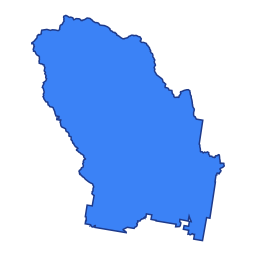 Dungog, New South Wales, Australia
{"feature_id": "25037944B39236446518145", "entity_name": "Dungog", "entity_type": "district", "adm_level": 2, "iso_a3": "AUS", "parent_name": "Australia", "parent_adm1": "New South Wales", "projection": "albers", "projection_center": [151.601, -32.347], "detail": "fine", "context": "isolated", "style": "filled", "palette": "blue", "viewbox_px": 256, "rotation_deg": 0, "n_neighbors": 0, "source": "geoboundaries", "source_scale": "gbopen_adm2", "svg_char_len": 5657}
<svg xmlns="http://www.w3.org/2000/svg" viewBox="0 0 256 256"><path d="M33.6,51.2L34.7,51.3L35.0,51.5L36.1,54.0L37.3,55.3L38.6,55.8L39.4,56.9L39.3,58.4L39.5,59.2L39.0,61.2L39.2,61.5L39.2,63.2L41.1,63.9L41.6,63.8L42.6,64.3L42.7,64.6L43.8,64.7L44.4,66.7L44.9,67.4L44.2,70.9L45.4,72.3L45.4,72.7L44.8,73.5L45.2,74.4L46.0,75.4L46.1,76.0L45.8,76.5L45.7,77.7L46.0,78.2L46.6,78.7L45.8,80.8L43.3,82.7L43.9,83.6L43.1,85.4L42.6,86.1L42.6,86.9L42.3,87.5L43.2,88.2L44.2,91.9L43.9,93.2L43.6,93.4L43.3,94.1L43.7,95.7L43.0,96.7L43.7,97.7L43.9,98.8L46.0,101.9L47.7,102.1L48.1,104.9L48.9,105.2L49.9,106.7L52.0,107.1L53.1,107.6L53.6,109.1L54.1,109.9L54.2,110.5L54.8,111.7L55.0,113.2L56.0,116.0L59.0,116.5L58.8,118.2L57.0,117.9L56.8,119.6L60.1,120.2L60.2,119.9L60.8,120.0L60.1,122.2L60.5,123.1L60.8,125.3L61.4,126.6L62.4,127.4L62.9,127.4L65.5,128.8L65.8,129.8L65.9,130.7L66.3,131.5L67.7,132.0L68.8,133.4L69.0,134.0L69.0,135.1L69.1,135.5L68.9,135.9L69.3,136.3L70.9,136.6L71.2,137.7L71.0,139.6L71.4,139.7L71.6,140.3L72.2,140.7L72.8,143.1L73.7,143.4L73.8,144.2L75.5,146.8L76.5,147.1L77.9,148.3L77.4,149.0L76.8,149.2L76.5,149.7L76.6,150.3L77.6,150.8L78.7,152.0L80.5,153.1L80.9,153.8L81.7,154.0L83.7,155.5L83.6,155.8L84.0,157.5L85.4,158.8L85.4,159.1L84.0,159.7L83.2,161.3L83.6,162.4L82.8,163.3L82.8,163.8L83.4,165.7L82.9,167.2L82.6,167.5L81.6,167.7L81.2,168.3L80.9,169.4L79.4,170.4L79.0,171.3L79.6,172.9L79.9,173.3L79.5,173.4L79.6,173.9L79.9,174.5L81.2,175.1L81.5,175.7L82.5,176.3L82.5,176.7L84.0,177.5L85.3,179.2L88.8,181.9L90.9,183.1L92.3,183.7L92.8,184.2L92.9,185.0L93.6,186.2L93.6,187.4L93.1,188.1L92.9,191.1L92.1,191.8L92.2,192.9L91.9,193.6L92.6,194.5L93.4,194.9L93.7,195.4L94.1,195.5L92.2,205.9L87.1,205.1L85.3,216.7L86.1,216.9L86.3,219.8L86.1,219.7L85.9,221.3L85.6,221.2L85.2,223.8L90.5,224.7L90.3,225.6L90.8,225.3L91.9,226.8L93.1,227.1L94.5,225.7L95.2,225.6L94.9,227.4L126.2,232.7L126.2,232.3L125.8,231.6L123.3,230.0L123.1,229.7L123.2,229.4L127.3,227.3L134.1,228.4L134.9,227.2L136.2,226.6L136.9,225.9L137.3,224.5L136.7,223.8L136.8,223.4L137.7,222.7L137.9,222.0L137.7,221.0L140.0,221.0L140.7,219.8L142.0,218.9L142.9,218.9L143.9,217.8L144.2,217.8L144.9,218.3L145.1,216.9L145.9,217.1L146.4,213.9L151.8,214.8L151.0,219.4L156.2,220.4L156.1,220.9L176.1,224.2L175.6,226.8L175.8,226.8L179.4,226.6L179.7,226.4L180.3,225.6L180.9,222.9L180.6,222.4L179.9,222.0L179.7,221.6L179.9,219.4L188.1,221.1L189.1,216.2L190.2,219.4L190.9,220.6L191.2,221.7L189.4,221.4L188.6,226.3L184.1,225.6L183.4,229.3L188.7,230.3L188.0,234.2L188.9,234.0L190.0,234.8L190.7,234.7L192.1,233.7L192.7,233.7L193.2,234.5L194.5,234.4L193.7,239.1L202.5,240.6L206.6,217.6L209.9,218.2L215.4,182.0L215.0,181.9L216.0,175.2L216.9,174.9L216.9,173.3L217.5,173.1L218.4,173.2L219.0,173.9L219.3,173.7L219.7,172.5L220.6,171.8L221.0,170.6L220.0,169.4L220.0,168.8L220.5,168.3L222.9,167.3L223.1,166.9L224.1,166.2L224.2,165.6L223.8,164.4L223.9,163.7L223.8,163.3L222.5,163.2L222.0,163.5L221.5,163.1L220.5,163.5L220.2,163.2L220.2,161.7L219.9,161.1L220.1,160.3L219.7,159.1L219.5,156.4L219.3,155.1L219.1,154.8L218.5,154.7L218.2,155.1L217.4,155.3L216.9,155.9L215.9,155.7L215.6,155.9L215.0,156.6L215.1,157.3L214.2,157.6L213.5,157.2L212.9,157.3L212.2,156.9L211.8,156.2L209.8,156.3L209.6,155.3L208.6,154.3L208.8,152.8L207.6,151.9L205.8,152.6L204.6,152.1L203.4,152.9L203.0,152.8L202.1,151.7L200.7,151.8L200.5,151.6L200.3,148.6L199.8,146.8L199.8,145.0L199.2,144.1L202.8,120.2L196.3,119.1L195.1,116.7L194.4,116.6L193.8,115.6L193.6,114.9L193.6,112.5L194.3,109.8L194.1,109.4L194.1,108.7L193.2,107.5L192.5,105.8L192.7,105.2L192.3,103.9L192.3,102.8L191.9,100.2L191.2,97.6L191.2,96.1L190.6,95.2L190.2,93.8L190.2,92.6L189.8,91.9L189.9,90.9L189.7,90.7L188.3,89.7L186.6,89.8L184.1,90.4L181.5,91.6L180.7,91.7L180.4,92.3L180.8,93.5L180.0,94.9L179.1,95.9L178.9,97.2L178.5,97.4L177.4,97.1L176.9,97.4L176.2,97.2L175.0,97.5L173.8,96.6L173.9,95.9L173.6,94.8L172.3,93.5L171.9,90.5L169.1,90.1L168.8,89.8L168.5,88.7L168.0,88.2L166.4,87.6L165.2,87.5L165.1,87.1L165.2,85.5L165.7,84.5L165.7,84.1L164.9,83.5L164.2,82.7L163.0,81.9L162.5,79.6L161.8,78.7L156.6,74.8L155.8,73.2L154.6,71.4L154.5,69.9L154.9,69.2L154.1,67.7L154.9,65.8L155.4,65.4L155.4,64.9L154.8,63.4L154.5,63.2L154.2,61.6L154.7,60.5L154.7,59.7L154.1,59.3L154.1,58.7L153.8,58.1L152.8,56.8L152.9,55.4L152.6,54.2L152.3,53.6L151.0,52.8L150.8,51.9L150.3,51.3L150.6,50.4L149.6,49.0L149.6,48.2L149.0,47.2L148.0,46.1L147.8,45.4L146.8,44.9L146.4,43.5L143.6,42.4L141.6,42.4L140.3,41.3L140.2,40.9L140.8,40.4L141.1,39.7L141.2,38.6L140.6,37.9L140.3,37.2L139.8,36.8L138.2,36.5L137.5,36.0L136.2,35.4L134.2,35.6L133.7,35.4L133.3,35.6L132.8,35.2L131.5,35.2L129.8,36.1L129.1,36.2L127.6,37.7L124.5,38.5L124.0,38.9L123.3,38.7L122.9,38.8L121.4,38.0L118.5,35.8L117.9,35.7L117.6,35.2L116.9,35.2L116.4,33.7L115.9,33.3L115.2,33.2L115.0,32.5L113.0,32.2L112.1,31.2L110.7,30.7L110.7,30.4L109.8,29.6L110.0,29.0L109.9,28.7L107.6,26.9L104.5,25.6L100.0,25.1L98.4,23.1L96.8,22.6L95.3,22.6L93.3,21.4L92.7,20.9L92.1,20.0L91.1,19.5L90.7,18.9L89.8,18.4L87.1,18.0L84.6,19.6L83.2,20.0L82.4,20.5L82.1,20.2L81.2,20.6L80.0,19.2L79.2,18.8L76.1,18.6L74.3,19.6L73.6,19.7L72.8,17.8L70.7,17.1L69.4,17.4L67.0,15.9L66.2,15.7L65.9,15.4L63.8,16.3L63.6,17.4L64.0,18.4L63.8,19.8L64.0,21.3L63.2,22.3L62.1,24.5L61.4,24.6L60.2,25.5L59.6,28.7L59.7,29.4L58.6,30.5L57.9,30.6L55.3,30.0L52.3,29.8L50.4,30.4L46.9,29.4L41.7,30.2L41.3,32.2L41.2,33.0L41.4,33.4L41.3,33.8L39.7,34.8L38.8,34.5L38.2,34.7L38.1,35.2L37.1,36.0L37.1,37.3L36.6,38.4L35.7,39.2L34.4,40.9L33.1,42.0L32.0,42.6L31.8,42.9L31.8,43.7L32.9,43.7L33.8,44.6L34.0,45.3L33.8,46.0L34.3,46.5L33.7,47.6L33.8,48.0L33.5,48.3L33.2,49.6L33.7,50.7L33.6,51.2Z" fill="#3b82f6" stroke="#1e3a8a" stroke-width="1.5"/></svg>